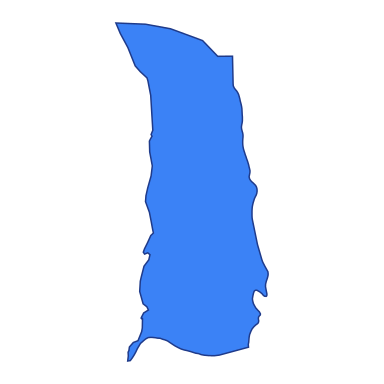 outline of Qarah, Hajjah, Yemen
{"feature_id": "15242507B20225444371684", "entity_name": "Qarah", "entity_type": "district", "adm_level": 2, "iso_a3": "YEM", "parent_name": "Yemen", "parent_adm1": "Hajjah", "projection": "equal_earth", "projection_center": [43.48, 16.353], "detail": "fine", "context": "isolated", "style": "filled", "palette": "blue", "viewbox_px": 384, "rotation_deg": 0, "n_neighbors": 0, "source": "geoboundaries", "source_scale": "gbopen_adm2", "svg_char_len": 3345}
<svg xmlns="http://www.w3.org/2000/svg" viewBox="0 0 384 384"><path d="M115.9,23.0L120.3,33.5L127.9,47.6L135.2,65.9L140.3,71.7L147.0,77.9L147.9,80.8L150.6,94.8L150.7,95.2L152.8,130.3L151.1,134.5L152.0,136.2L150.4,139.1L149.4,141.1L149.6,148.6L149.7,151.9L152.3,165.9L151.1,175.9L147.8,187.6L147.6,188.4L146.1,195.1L146.0,195.3L145.5,201.6L149.4,212.3L151.3,222.1L152.7,229.7L153.4,233.0L152.4,234.0L150.8,235.5L149.0,239.5L147.5,242.8L144.5,248.8L143.3,252.2L144.6,254.1L147.7,252.8L150.0,254.7L149.3,257.6L148.8,259.8L144.0,266.2L141.2,277.2L140.3,281.2L139.7,291.5L140.7,295.1L143.1,303.8L146.9,306.8L148.4,310.0L143.6,313.0L143.5,313.3L141.7,316.8L141.3,317.5L141.2,318.3L141.6,318.7L142.1,318.3L142.4,318.4L142.5,318.8L142.3,328.0L141.7,331.4L141.6,331.8L138.0,340.7L133.3,342.5L129.4,347.0L128.9,350.6L128.1,352.2L128.3,356.0L127.7,361.0L130.3,360.6L132.3,357.9L134.2,354.9L135.8,352.0L137.2,349.0L138.2,347.2L138.9,346.1L139.8,344.5L140.6,343.3L142.0,342.1L142.6,341.6L142.9,341.3L143.9,340.4L144.4,340.0L145.0,339.5L145.6,339.0L147.6,337.9L148.2,337.6L150.2,337.4L151.4,337.4L152.1,337.4L153.1,337.5L154.2,337.6L156.0,337.8L157.2,338.1L158.9,338.2L160.2,338.3L161.7,338.9L162.8,339.3L164.7,339.8L167.5,340.9L170.0,342.6L172.7,344.4L175.0,345.9L175.2,346.0L178.2,347.6L181.1,349.0L184.3,350.0L187.1,350.6L190.0,351.4L190.4,351.5L192.9,352.3L195.7,353.2L198.5,353.6L199.1,353.8L201.1,354.6L204.3,355.2L207.8,355.5L208.4,355.6L210.5,355.6L211.1,355.7L214.6,355.7L219.3,355.1L229.7,352.3L248.5,347.2L248.3,344.8L248.3,344.3L248.7,342.3L249.1,337.5L249.6,334.6L250.9,331.3L252.1,328.9L253.9,326.7L255.7,325.0L257.1,324.0L257.9,323.3L258.3,322.7L258.6,321.8L258.7,320.6L258.5,319.7L258.4,318.9L258.4,318.0L258.6,317.0L259.4,315.8L260.2,315.1L260.4,314.4L260.4,313.8L260.0,313.1L259.4,311.9L257.3,309.7L256.4,308.6L255.8,308.0L254.5,305.7L253.4,303.6L252.7,300.9L252.4,298.8L252.9,295.8L253.5,293.2L254.2,291.2L254.8,290.6L255.8,290.2L256.8,290.2L258.4,291.1L259.3,291.6L260.1,292.1L262.1,293.8L263.4,295.4L264.5,296.2L265.5,296.3L265.9,296.3L266.3,296.3L266.7,295.8L266.9,295.0L266.9,293.9L265.9,288.9L265.5,286.6L265.6,284.0L266.4,280.9L267.2,278.7L267.7,276.9L268.1,275.0L268.1,273.4L267.9,271.7L267.0,270.1L264.9,266.3L264.4,265.4L264.3,265.1L263.5,263.6L262.7,262.0L261.8,259.5L257.5,244.6L257.2,243.2L252.4,219.8L252.1,217.9L252.0,215.4L252.0,215.0L252.0,213.1L252.0,211.0L252.1,209.0L252.3,206.8L252.7,204.7L253.2,202.6L253.8,200.7L254.4,198.7L255.2,197.0L255.6,196.2L256.2,195.1L256.8,193.2L257.1,191.1L257.0,189.0L256.5,187.1L255.6,185.4L254.3,184.1L253.1,182.9L251.8,181.8L250.6,180.5L249.6,178.9L249.1,176.8L249.5,174.7L249.9,172.8L250.0,170.8L249.6,168.9L249.1,167.0L248.6,164.7L248.0,162.7L247.3,160.5L246.6,158.7L246.0,156.7L245.3,154.9L244.7,152.9L244.1,151.1L243.5,149.1L243.4,148.6L243.1,147.2L242.8,145.1L242.7,143.0L242.7,141.0L242.8,139.0L243.0,137.0L243.0,135.0L242.7,133.0L242.1,131.0L241.6,129.0L241.4,127.0L241.7,124.9L242.1,123.0L242.4,120.9L242.4,118.9L242.4,116.9L242.2,114.8L242.1,112.7L242.0,110.6L241.9,108.7L241.6,106.6L241.2,104.6L240.7,102.7L240.2,100.8L239.8,98.8L239.2,96.5L238.8,95.2L238.6,94.5L237.7,92.6L236.6,90.9L235.3,89.4L234.2,87.9L233.3,85.9L233.1,83.8L232.5,56.2L217.7,56.3L202.6,40.6L175.0,30.4L170.6,28.8L145.5,24.2L125.8,23.4L115.9,23.0Z" fill="#3b82f6" stroke="#1e3a8a" stroke-width="1.5"/></svg>